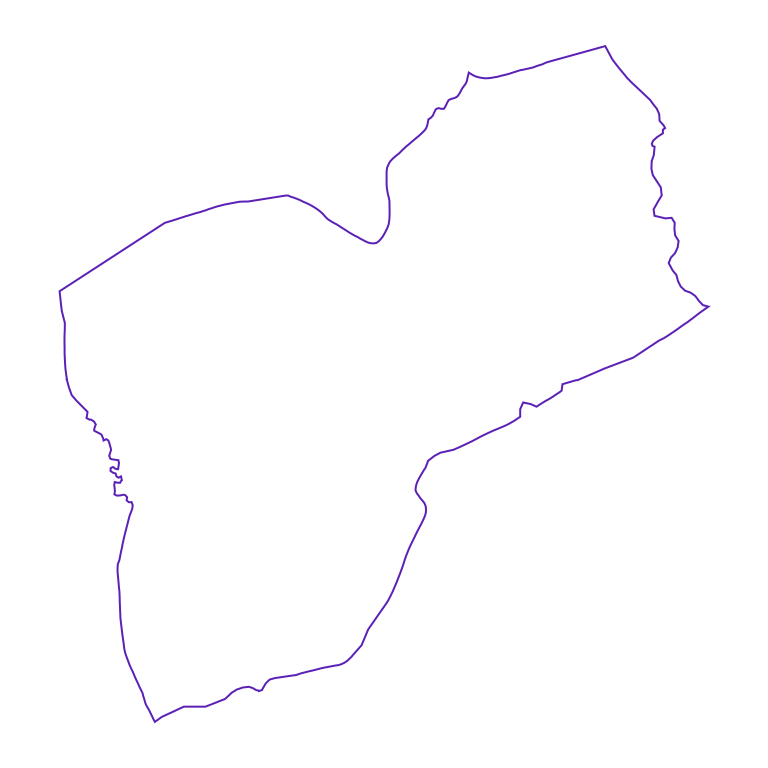 As Sawma'ah, Al Bayda', Yemen (Natural Earth projection)
{"feature_id": "15242507B21871042325483", "entity_name": "As Sawma'ah", "entity_type": "district", "adm_level": 2, "iso_a3": "YEM", "parent_name": "Yemen", "parent_adm1": "Al Bayda'", "projection": "natural_earth1", "projection_center": [45.761, 14.177], "detail": "fine", "context": "isolated", "style": "outline", "palette": "violet", "viewbox_px": 768, "rotation_deg": 0, "n_neighbors": 0, "source": "geoboundaries", "source_scale": "gbopen_adm2", "svg_char_len": 5995}
<svg xmlns="http://www.w3.org/2000/svg" viewBox="0 0 768 768"><path d="M59.6,291.2L60.4,298.7L61.2,306.1L61.7,310.2L62.4,313.4L63.2,316.5L64.0,319.7L64.8,322.7L64.8,325.8L64.8,329.5L64.6,333.2L64.5,337.5L64.5,344.0L64.6,347.4L64.6,354.0L65.0,362.1L65.2,365.7L65.5,369.3L66.5,376.8L67.0,379.4L66.7,379.5L66.9,379.9L68.9,387.3L71.7,395.1L76.4,400.6L87.5,411.8L87.5,412.1L87.1,414.9L87.0,415.2L86.7,417.3L86.5,418.0L89.5,419.7L90.8,419.5L94.0,421.5L95.8,424.5L94.6,427.6L94.1,430.0L94.3,430.8L100.0,433.7L101.5,434.6L103.3,438.8L103.6,440.5L106.3,439.2L108.3,440.5L109.4,443.2L111.1,449.7L110.3,452.4L109.2,455.8L110.4,458.8L111.6,459.1L112.3,459.4L112.9,459.4L118.1,460.2L118.4,460.2L119.0,463.2L118.5,466.3L118.4,467.0L118.2,468.9L118.0,469.3L115.2,468.7L114.5,468.1L113.1,467.0L110.7,468.0L110.5,471.0L113.0,472.7L115.6,473.5L115.7,473.9L116.5,476.4L117.8,477.2L118.6,477.7L121.0,476.4L121.3,477.9L121.9,480.2L120.9,481.2L120.1,482.8L117.4,482.7L116.7,482.5L116.4,482.5L116.0,482.3L114.8,482.0L114.2,485.1L114.7,488.3L114.7,489.3L114.9,490.5L114.8,490.9L114.9,491.4L114.4,494.4L116.9,495.6L117.9,495.6L121.0,495.3L122.7,494.8L124.9,494.9L125.0,495.0L125.7,495.7L127.1,497.2L126.6,500.2L127.9,501.5L128.8,502.2L130.1,502.2L131.6,502.1L132.7,505.2L132.4,507.8L132.3,508.5L131.2,511.7L129.9,514.9L129.1,517.5L128.0,521.9L124.7,534.8L124.1,537.4L123.3,540.8L122.5,544.6L122.3,545.4L122.3,545.9L122.0,547.5L121.8,548.3L121.1,551.4L120.5,554.4L119.8,558.0L119.2,560.7L117.9,563.8L117.6,567.0L117.5,570.4L117.8,574.6L118.1,577.6L118.7,584.2L119.0,587.9L119.4,591.2L119.7,597.8L119.7,600.9L119.9,604.6L120.0,607.8L120.3,614.5L120.4,617.7L120.8,621.4L121.6,628.3L122.0,631.3L122.4,634.7L123.5,642.3L123.9,645.6L124.3,648.8L124.9,651.8L126.0,655.3L127.2,658.6L128.4,661.7L129.7,665.3L130.8,667.7L131.1,668.4L132.6,671.4L135.1,677.3L136.6,680.6L138.0,683.4L139.3,686.5L141.0,690.0L142.5,693.0L143.2,695.9L144.2,698.9L145.0,702.0L146.1,705.0L147.6,707.6L149.1,710.2L152.1,716.3L153.5,719.3L154.9,721.9L161.8,716.9L183.8,706.7L185.0,706.7L205.4,706.7L225.2,698.9L231.6,692.8L236.7,689.6L242.8,687.5L249.0,686.8L252.8,688.1L256.2,690.1L259.1,690.7L259.1,691.0L262.1,690.0L262.3,689.3L265.8,683.3L269.6,679.6L274.8,678.1L292.5,675.5L296.4,675.0L297.9,674.4L300.9,673.4L303.6,672.7L306.7,671.9L309.5,671.2L312.2,670.6L315.5,669.8L321.1,668.3L323.9,667.7L329.2,666.7L335.6,665.5L338.6,665.1L341.3,664.2L344.5,662.7L346.9,661.1L349.2,659.0L351.3,657.0L353.2,654.7L361.6,645.2L368.2,629.4L386.4,603.3L388.1,600.6L389.9,597.2L392.8,591.3L394.2,588.0L395.4,585.1L396.8,581.9L398.1,578.5L400.5,572.3L401.7,569.0L403.0,565.4L404.9,559.3L406.1,555.9L408.6,549.6L410.2,546.0L413.1,540.1L414.8,536.6L416.4,533.2L419.4,527.4L421.0,524.4L422.6,521.2L423.9,518.4L425.1,515.4L425.9,512.4L426.0,509.4L425.7,506.3L424.4,503.1L422.5,500.7L420.6,498.5L418.8,495.9L416.6,492.9L415.5,490.1L415.8,486.9L416.5,484.0L417.6,481.2L419.1,478.3L420.6,475.6L422.4,472.6L424.0,469.9L425.4,468.0L425.9,466.6L427.3,463.2L427.9,461.0L434.4,455.9L440.4,452.7L453.4,449.8L455.9,448.7L459.6,447.1L462.2,445.9L467.9,443.2L471.9,441.3L475.3,439.5L480.5,436.7L484.2,434.9L487.3,433.4L490.1,432.1L493.3,430.6L496.1,429.5L501.6,427.2L504.2,426.1L506.8,424.9L509.5,423.5L512.0,422.1L514.5,420.6L517.5,418.6L520.2,416.8L520.2,409.2L523.2,402.5L530.8,404.1L536.5,406.7L539.5,404.7L542.9,402.6L545.6,400.9L548.8,399.2L551.6,397.5L554.0,395.9L559.3,392.4L561.6,390.7L562.5,384.2L566.2,383.1L576.1,380.2L577.5,380.2L604.3,368.6L633.3,357.6L657.9,341.3L660.4,339.9L663.6,338.3L666.1,336.8L669.5,334.6L677.4,329.2L679.7,327.5L682.0,325.8L684.8,323.9L687.3,322.3L689.9,320.3L692.6,318.3L698.4,313.8L701.1,311.8L708.4,306.6L702.9,305.1L699.0,301.0L695.3,296.0L690.5,292.6L685.1,290.7L680.7,286.5L678.0,281.1L676.4,275.0L672.7,270.5L668.7,263.1L670.9,257.6L675.0,253.2L677.7,247.3L678.6,240.9L675.2,235.5L674.4,228.9L674.7,222.7L671.6,217.8L665.5,218.4L654.5,215.8L653.6,209.4L658.6,200.5L661.7,195.5L660.8,187.4L652.8,175.1L651.4,168.6L651.7,161.2L653.8,155.1L654.6,146.7L652.5,145.9L651.8,143.9L653.2,140.6L657.1,137.1L662.9,133.3L662.9,129.7L665.1,128.1L663.6,125.3L659.6,120.9L659.4,117.7L659.2,114.2L656.9,108.8L653.5,104.6L650.0,99.8L645.1,95.2L636.2,86.8L631.8,82.7L627.2,78.0L623.2,73.1L619.2,68.3L615.5,63.6L612.1,59.0L605.2,46.1L548.2,61.9L545.3,62.9L542.4,64.3L539.4,65.2L536.6,66.1L534.1,67.1L531.3,67.9L528.1,68.6L525.3,69.2L522.7,69.8L520.2,70.2L509.4,73.7L506.6,74.5L500.1,76.0L497.5,76.8L494.8,77.2L491.1,77.9L488.1,78.2L485.3,78.3L482.3,78.0L479.1,77.4L475.8,76.5L473.0,75.2L468.8,72.6L468.4,74.3L467.6,77.5L466.9,80.9L465.7,83.7L463.8,86.2L462.1,88.6L460.6,91.5L459.1,94.2L457.1,96.7L454.6,98.0L451.5,98.8L448.6,100.1L447.1,102.9L445.8,105.7L444.0,108.8L441.2,108.8L438.4,108.1L435.9,109.2L434.3,112.2L432.8,115.7L430.8,117.8L428.4,119.4L427.8,122.7L427.1,125.9L425.9,128.7L424.1,130.9L422.9,132.1L422.0,133.0L419.2,135.6L414.1,139.8L411.5,142.0L408.8,144.4L406.5,146.2L401.9,150.5L399.4,153.1L397.1,154.9L394.8,156.8L392.4,159.0L390.2,161.4L388.7,164.0L387.1,167.7L386.6,171.5L386.6,185.0L386.9,188.2L387.4,191.4L388.0,194.6L388.8,197.5L389.4,200.8L389.5,203.9L389.5,207.3L389.6,210.8L389.6,214.3L389.5,217.3L389.2,220.8L388.7,224.0L387.8,226.9L386.3,230.1L384.7,233.2L382.7,236.7L380.7,239.2L378.6,241.4L376.3,243.0L373.5,243.4L370.6,243.2L368.0,242.5L365.5,241.4L363.1,240.1L360.0,238.5L357.6,237.0L355.0,235.8L349.9,232.9L346.8,230.9L343.9,229.0L341.3,227.4L338.9,225.8L336.3,224.2L333.4,222.7L330.4,220.9L327.6,219.0L325.3,216.7L323.2,214.3L320.8,212.0L317.9,209.7L314.8,207.6L311.6,205.7L308.6,204.1L305.8,202.8L303.3,201.8L300.7,200.4L297.4,199.0L293.7,197.6L290.6,196.7L288.1,195.5L285.3,195.6L248.2,201.5L246.0,201.5L242.7,201.6L239.8,201.7L236.8,202.2L233.9,202.8L231.1,203.3L224.8,204.5L218.1,206.2L215.2,207.0L211.8,208.2L208.5,209.2L206.0,210.2L203.3,211.0L199.5,212.3L196.8,212.9L190.1,215.0L184.7,216.6L181.3,217.7L173.9,220.1L171.3,220.9L167.7,222.0L164.9,222.8L59.6,291.2Z" fill="none" stroke="#5b21b6" stroke-width="2"/></svg>